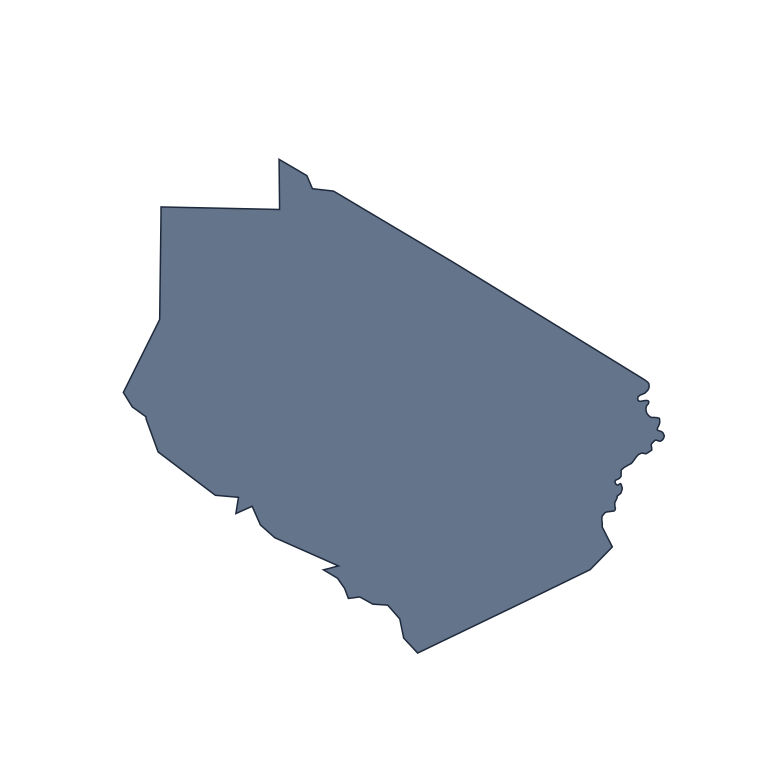 outline of Delaware, New York, United States of America, rotated 243°
{"feature_id": "52423323B71236434888676", "entity_name": "Delaware", "entity_type": "district", "adm_level": 2, "iso_a3": "USA", "parent_name": "United States of America", "parent_adm1": "New York", "projection": "albers", "projection_center": [-75.162, 42.183], "detail": "fine", "context": "isolated", "style": "filled", "palette": "slate", "viewbox_px": 768, "rotation_deg": 243, "n_neighbors": 0, "source": "geoboundaries", "source_scale": "gbopen_adm2", "svg_char_len": 1671}
<svg xmlns="http://www.w3.org/2000/svg" viewBox="0 0 768 768"><g transform="rotate(243 384 384)"><path d="M635.0,261.6L543.3,213.4L494.8,147.9L477.9,149.3L463.0,157.0L460.5,156.1L426.0,151.9L361.4,183.2L349.1,202.9L335.8,193.2L334.9,211.0L314.5,209.9L296.6,216.9L242.6,260.8L245.9,245.7L232.0,254.4L219.7,256.1L209.1,254.9L205.2,265.8L192.9,274.1L185.3,286.9L167.5,291.4L148.7,286.2L129.0,291.8L128.5,314.7L127.1,375.7L126.4,407.1L125.0,483.4L135.2,513.5L157.5,513.5L160.7,515.2L164.3,516.5L167.2,518.3L169.0,522.5L168.9,524.2L166.4,531.3L166.6,532.3L168.0,533.7L169.9,534.1L173.3,535.6L176.9,540.2L178.2,540.8L179.1,545.4L181.9,548.3L183.2,549.1L186.6,549.7L187.8,549.6L188.0,549.2L187.8,546.4L188.4,545.7L189.4,545.2L191.9,545.2L193.1,546.7L193.0,550.5L193.4,551.9L194.2,553.4L199.6,556.2L200.6,560.0L200.9,564.9L200.9,568.0L201.5,569.9L204.5,575.7L205.6,578.7L205.5,582.3L202.9,585.7L203.0,588.5L203.6,592.6L205.5,593.5L208.0,594.2L209.2,595.1L210.8,599.8L210.4,601.2L208.8,602.5L207.5,604.3L207.6,606.1L208.1,607.5L209.3,609.2L210.7,610.3L214.1,610.4L215.8,609.5L218.3,607.0L219.4,606.8L220.7,607.8L222.9,610.8L224.4,612.2L227.5,613.6L228.6,613.7L230.4,611.5L233.2,606.6L235.9,605.4L238.9,604.9L242.1,605.7L244.0,606.7L245.5,608.3L246.1,610.1L246.8,611.0L247.8,611.8L248.7,611.9L249.4,611.5L250.3,610.3L251.2,607.9L252.0,604.9L253.3,603.2L254.3,603.0L256.4,603.7L257.2,604.6L257.8,606.9L257.4,612.4L258.7,616.2L259.8,617.8L261.2,619.0L263.8,620.1L265.7,619.9L269.1,618.3L347.3,570.6L460.5,501.3L518.4,464.7L578.8,426.6L581.6,422.4L590.5,408.9L604.6,409.9L631.8,392.5L586.9,370.2L643.0,265.7L635.0,261.6Z" fill="#64748b" stroke="#1e293b" stroke-width="1.5"/></g></svg>